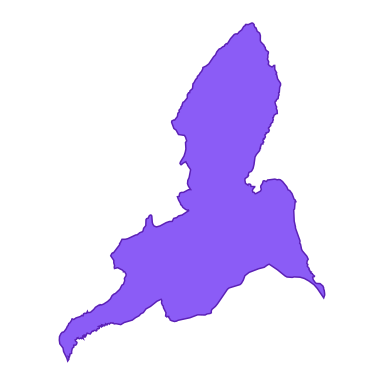 Kakonko, Kigoma, United Republic of Tanzania (Natural Earth projection)
{"feature_id": "72390352B1364689767312", "entity_name": "Kakonko", "entity_type": "district", "adm_level": 2, "iso_a3": "TZA", "parent_name": "United Republic of Tanzania", "parent_adm1": "Kigoma", "projection": "natural_earth1", "projection_center": [30.86, -3.21], "detail": "fine", "context": "isolated", "style": "filled", "palette": "violet", "viewbox_px": 384, "rotation_deg": 0, "n_neighbors": 0, "source": "geoboundaries", "source_scale": "gbopen_adm2", "svg_char_len": 5942}
<svg xmlns="http://www.w3.org/2000/svg" viewBox="0 0 384 384"><path d="M308.2,259.2L306.9,256.3L302.3,250.8L301.5,249.1L300.5,244.1L299.7,243.4L300.0,241.0L299.7,240.0L295.4,227.9L295.5,227.0L294.2,221.1L293.7,209.8L294.5,209.0L295.1,201.8L295.9,201.7L295.1,199.9L294.1,199.2L292.0,193.6L289.7,190.5L288.1,189.9L286.7,186.7L282.5,181.5L280.3,179.8L278.9,179.5L277.2,179.8L274.9,179.1L267.6,180.0L266.4,181.5L264.0,180.7L263.1,181.1L262.5,183.3L260.8,185.9L260.7,187.2L261.3,189.4L260.5,191.1L255.9,193.6L255.1,193.7L254.1,192.4L252.8,192.1L252.6,191.4L252.4,190.2L253.4,188.4L254.6,187.2L254.7,186.6L251.0,186.4L250.6,184.6L249.8,184.1L248.6,184.1L248.0,184.4L247.9,185.1L245.5,183.4L244.9,180.3L245.1,178.5L247.8,176.7L248.4,175.6L248.1,175.5L248.9,172.4L251.1,171.5L251.9,170.6L253.1,168.3L254.0,164.5L255.0,157.1L256.4,154.5L259.6,150.6L260.0,148.3L260.4,148.4L260.5,146.3L261.0,145.8L260.8,145.2L261.4,144.1L263.0,143.9L262.9,142.7L263.7,142.0L262.9,140.6L263.5,138.7L264.1,139.1L265.4,136.9L264.9,134.9L267.1,132.7L266.9,132.6L268.3,132.2L268.8,131.6L269.3,130.1L268.5,128.7L268.6,127.7L269.0,127.7L269.7,126.5L270.6,125.8L270.8,125.0L270.4,124.6L271.7,122.8L272.6,122.3L272.7,120.8L273.3,119.9L272.8,117.7L273.4,117.4L274.1,115.2L276.4,113.6L277.3,113.5L277.1,110.3L276.3,108.8L276.6,106.8L275.8,105.5L275.0,102.4L275.3,101.3L276.1,101.0L276.6,99.5L278.1,98.6L278.4,96.2L279.0,94.9L278.6,92.8L279.3,92.3L279.7,87.1L280.6,85.1L280.5,83.3L277.6,78.9L276.7,74.8L276.0,74.1L276.7,72.9L274.8,69.5L274.7,65.4L273.9,65.4L272.6,66.7L271.7,66.9L269.5,65.7L268.3,64.3L268.7,61.8L267.4,59.1L267.9,57.2L267.8,55.1L268.4,52.9L268.3,51.8L266.3,50.4L265.5,49.2L265.2,47.3L264.3,46.4L264.0,45.2L260.7,41.8L260.3,40.3L260.4,35.7L259.6,33.1L257.2,31.3L256.0,27.9L255.1,27.6L254.0,25.4L254.1,24.5L252.7,23.1L251.8,23.0L248.2,24.6L245.8,24.4L245.3,24.9L245.4,25.4L243.7,26.5L241.7,29.9L239.1,31.9L238.3,33.1L237.1,34.1L236.1,33.8L234.3,34.4L230.5,38.7L227.3,43.9L226.3,43.6L224.7,45.1L224.4,46.1L222.7,46.8L220.5,48.6L219.3,48.9L218.4,49.9L216.8,51.9L215.5,54.9L213.6,56.8L208.8,63.9L205.9,66.1L202.9,67.5L202.8,68.8L201.5,71.5L200.4,72.6L199.2,74.7L197.4,76.4L197.1,78.1L195.7,79.4L193.9,82.8L193.0,83.7L192.5,88.6L190.0,90.8L189.6,92.7L188.6,92.7L187.3,94.8L187.3,97.9L184.2,101.7L183.1,102.2L182.7,102.9L181.7,106.4L180.9,107.0L180.9,108.2L179.0,110.2L179.3,111.9L177.9,113.2L177.4,116.5L174.6,120.1L173.7,120.0L171.8,121.0L171.6,122.3L173.9,128.5L176.1,130.1L178.5,134.5L184.4,135.4L185.5,137.1L186.7,140.9L185.5,142.5L185.9,148.9L185.3,152.0L184.0,156.1L180.3,162.2L180.0,163.5L180.9,164.7L181.3,164.7L183.3,163.0L185.8,161.7L186.5,163.3L187.3,164.0L187.7,165.4L190.4,169.3L190.6,169.8L189.1,177.6L187.8,180.4L187.5,183.7L188.4,186.1L190.7,189.6L188.7,189.6L183.4,192.4L181.3,192.4L180.0,193.0L179.5,194.0L179.2,196.3L177.4,196.7L178.6,200.0L180.4,203.2L180.7,204.6L181.9,205.7L182.9,207.4L185.7,209.5L187.5,210.2L188.4,210.0L188.6,210.7L182.1,215.0L178.6,215.9L176.7,217.6L173.7,218.4L172.2,221.4L169.4,221.5L166.2,222.6L160.1,225.9L156.5,226.9L154.2,226.1L152.9,224.4L152.3,222.4L151.8,216.0L151.3,215.2L150.5,215.0L149.4,215.6L148.1,218.2L146.6,218.7L146.0,219.7L145.8,225.6L143.6,228.3L143.1,230.8L142.2,231.8L139.8,232.7L137.2,234.8L135.6,235.0L127.7,238.7L125.2,239.3L122.0,239.3L120.1,243.1L119.6,243.4L119.7,244.6L113.5,252.8L113.0,252.7L111.9,253.4L110.7,255.8L113.8,260.4L113.8,262.9L114.6,265.8L114.2,267.1L114.5,268.5L117.7,267.7L122.4,270.1L123.2,270.8L123.4,271.7L123.8,271.4L124.6,271.7L126.1,274.2L126.0,275.8L124.4,278.4L124.7,280.8L123.4,284.3L121.9,285.2L119.8,289.3L115.4,293.5L113.9,294.1L112.1,295.6L110.4,298.9L107.6,301.5L103.4,304.2L101.1,305.0L100.1,304.6L99.6,305.3L98.9,305.1L95.4,307.3L93.8,309.4L90.4,312.4L87.8,312.6L87.4,311.4L86.5,313.3L84.4,313.3L83.6,313.8L82.9,315.8L81.9,315.3L80.4,316.5L76.0,317.9L73.8,319.5L72.5,318.9L71.8,319.1L71.7,320.1L69.9,322.8L68.8,323.5L68.1,325.5L67.3,326.4L66.4,328.5L64.3,331.4L63.2,332.3L62.3,332.2L60.9,333.7L59.5,336.6L59.3,340.1L59.8,343.8L63.0,348.0L63.6,351.6L66.9,358.3L67.7,361.0L68.9,359.2L68.8,357.3L68.4,356.6L69.4,356.9L69.9,355.2L69.8,354.2L71.6,353.3L71.6,351.5L72.3,348.3L73.9,346.9L73.7,345.2L75.6,345.1L76.3,344.6L77.0,342.8L76.7,342.0L75.6,341.2L75.1,339.9L76.6,339.2L77.1,337.9L78.0,337.6L78.0,338.3L79.5,338.8L80.5,338.1L81.6,338.6L82.1,337.7L83.2,338.6L82.7,337.2L82.9,335.9L83.9,336.0L84.1,336.9L84.9,337.1L85.0,336.6L84.3,335.1L85.1,335.1L85.8,336.0L87.1,333.2L90.2,334.0L92.3,331.1L93.1,331.3L93.9,330.5L94.8,330.4L96.2,330.9L96.8,330.5L96.6,329.8L97.6,328.6L98.2,328.9L99.2,328.5L99.3,326.8L98.6,326.4L101.0,325.7L100.8,326.7L101.5,327.0L102.4,325.4L102.0,324.8L103.0,325.0L103.1,325.9L104.1,325.3L104.6,325.7L105.1,324.8L105.8,324.9L105.7,323.8L107.2,324.7L107.6,323.7L108.9,323.5L109.3,324.1L110.8,322.8L112.4,323.2L112.9,322.9L114.2,323.9L116.1,323.7L120.8,324.6L124.2,322.5L132.3,320.1L135.6,317.6L139.0,315.8L140.8,313.8L143.3,312.6L146.0,308.9L150.5,306.4L157.0,301.2L161.1,299.3L161.8,300.4L161.5,303.0L162.5,305.3L163.2,306.0L163.5,307.8L166.0,312.8L165.6,316.0L166.8,316.9L167.1,316.5L168.7,316.5L168.8,317.5L170.0,319.2L170.2,320.0L171.6,320.7L174.5,321.5L176.6,321.1L178.1,320.3L190.1,317.7L197.7,314.8L205.1,315.0L207.2,313.9L210.0,313.5L211.3,312.8L211.3,310.8L211.9,309.4L215.4,306.4L217.5,303.8L227.5,289.2L229.2,287.9L240.0,284.6L241.4,283.4L243.3,280.1L244.9,275.7L249.1,272.4L258.7,268.7L264.2,267.3L267.7,264.8L269.2,264.2L277.5,269.8L285.0,275.9L287.0,277.0L292.2,277.4L294.1,276.9L300.1,277.2L304.4,278.5L308.9,281.0L314.1,284.8L317.4,288.6L323.7,297.9L324.7,295.0L324.6,293.3L324.2,290.2L323.6,289.0L323.7,288.0L322.9,286.0L320.1,283.6L316.4,283.4L315.4,282.8L313.2,279.7L312.6,277.1L314.3,276.6L314.5,276.1L312.6,274.4L312.3,273.6L310.8,273.0L310.6,272.6L311.2,272.0L310.1,271.3L309.5,269.9L309.0,269.7L309.1,268.4L307.3,266.2L307.8,264.4L306.8,263.6L307.2,260.8L308.2,259.2Z" fill="#8b5cf6" stroke="#5b21b6" stroke-width="1.5"/></svg>